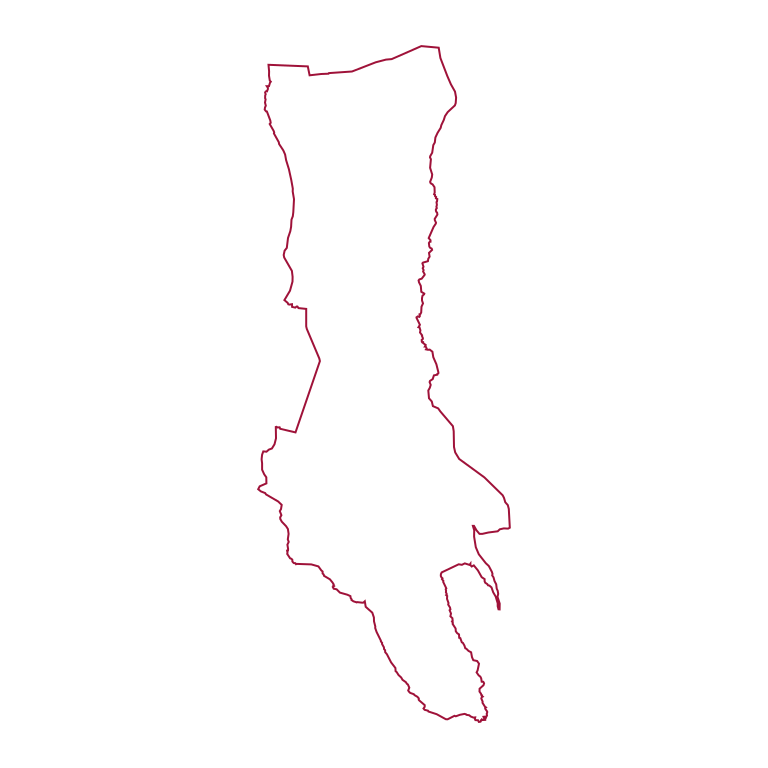 Magharibi, Zanzibar West, United Republic of Tanzania (orthographic projection)
{"feature_id": "72390352B70436774950451", "entity_name": "Magharibi", "entity_type": "district", "adm_level": 2, "iso_a3": "TZA", "parent_name": "United Republic of Tanzania", "parent_adm1": "Zanzibar West", "projection": "orthographic", "projection_center": [39.256, -6.174], "detail": "fine", "context": "isolated", "style": "outline", "palette": "rose", "viewbox_px": 768, "rotation_deg": 0, "n_neighbors": 0, "source": "geoboundaries", "source_scale": "gbopen_adm2", "svg_char_len": 6092}
<svg xmlns="http://www.w3.org/2000/svg" viewBox="0 0 768 768"><path d="M268.5,64.8L269.1,71.4L269.0,75.7L269.8,80.6L270.8,81.7L270.0,82.7L269.0,86.1L266.8,86.2L267.9,87.8L267.9,89.0L267.1,91.1L266.8,90.9L265.6,91.6L265.1,92.6L265.7,94.2L265.2,95.4L265.1,98.2L265.6,99.3L265.0,102.6L265.8,105.7L265.0,107.5L264.7,109.6L266.1,111.4L266.9,111.5L270.3,120.5L270.7,122.8L269.7,124.0L273.6,130.8L274.2,132.4L273.9,133.4L278.8,142.2L279.1,144.0L283.3,150.4L285.1,154.5L286.1,160.1L288.9,169.2L291.3,180.2L292.8,188.6L292.7,191.5L294.0,199.2L293.3,212.2L292.8,216.3L291.5,219.6L291.1,226.8L290.3,231.2L288.0,238.0L286.8,247.9L284.6,250.7L283.7,255.0L284.2,257.5L291.9,270.9L292.6,276.8L292.5,281.6L290.0,290.7L284.4,300.1L287.7,302.9L288.3,304.3L289.4,304.6L292.0,304.2L292.1,306.9L295.3,307.6L296.6,306.5L297.4,306.5L298.5,308.1L306.2,308.9L306.2,326.4L306.8,328.9L319.3,358.5L319.9,361.1L295.5,432.4L280.2,428.8L279.6,427.3L277.6,427.5L276.5,426.8L275.8,427.0L276.0,438.3L274.5,444.3L271.9,448.5L268.9,449.6L266.5,451.7L263.3,451.4L262.1,454.7L261.6,459.2L262.1,463.3L262.1,469.7L264.2,474.3L266.3,477.3L266.4,483.4L259.7,486.3L258.2,489.2L260.9,491.4L265.2,493.1L266.0,494.4L278.2,501.5L281.7,504.9L281.0,509.1L279.8,511.1L281.4,515.2L280.2,517.3L280.3,519.0L281.8,521.7L286.1,526.2L287.9,529.0L288.6,533.9L287.8,539.4L288.7,541.9L287.4,544.7L288.1,548.9L288.0,550.5L287.1,550.6L287.5,552.9L287.2,553.9L290.1,558.3L291.4,558.8L292.3,559.7L292.4,561.5L293.1,562.4L293.9,563.1L295.3,563.2L296.0,564.2L296.6,563.9L311.3,564.4L318.4,566.4L321.3,570.4L322.6,571.5L322.6,573.5L323.7,574.5L324.0,575.8L329.9,579.3L332.5,582.5L333.7,584.4L333.3,585.2L334.1,586.0L332.8,587.0L333.7,588.7L336.6,589.3L339.9,592.6L347.3,594.7L350.4,596.1L350.7,598.1L351.6,599.3L351.5,600.0L353.4,601.3L356.7,602.4L357.1,602.1L362.4,602.7L363.4,602.6L364.8,601.3L365.7,606.8L372.3,612.7L373.9,617.5L374.0,621.3L375.3,626.5L375.2,628.0L376.6,632.0L380.9,640.7L380.9,641.5L382.1,642.8L382.0,643.9L383.9,647.3L384.1,649.2L385.1,650.2L385.2,652.2L386.9,654.2L391.1,662.4L395.4,668.0L395.6,671.2L396.7,672.1L398.5,675.0L401.2,677.5L402.5,679.8L405.9,682.2L406.8,683.7L407.9,684.5L409.3,687.7L408.2,690.5L408.9,691.6L410.2,692.9L413.8,694.2L414.5,695.1L417.4,696.8L418.8,698.4L418.7,699.7L419.1,700.3L424.7,705.1L424.7,706.8L423.5,708.5L424.6,709.8L428.0,710.7L428.4,711.5L436.7,714.2L445.8,719.2L447.6,719.3L454.5,715.8L455.8,716.3L459.9,714.8L464.5,713.9L466.0,714.3L466.4,714.8L469.3,715.3L470.7,716.5L473.5,717.6L475.2,717.4L474.9,719.0L475.4,720.1L478.1,720.3L478.8,721.9L480.1,721.8L480.7,721.5L481.0,720.2L481.9,720.1L482.0,719.5L482.9,720.0L485.0,719.9L484.8,719.3L485.2,719.4L485.5,718.7L484.2,718.6L483.5,716.8L485.2,716.6L486.0,717.3L487.0,715.5L486.7,713.8L487.2,712.5L487.2,711.6L485.2,708.7L485.2,707.9L485.9,707.4L485.0,706.8L482.5,702.8L482.6,701.5L481.3,698.5L481.8,697.1L482.7,696.6L481.9,695.9L482.0,695.3L481.3,695.0L481.0,693.7L479.5,691.6L479.6,688.7L483.5,685.2L484.1,683.3L483.3,681.8L481.7,681.7L481.2,678.4L480.3,676.6L478.7,675.4L476.6,672.4L477.6,670.4L479.0,663.7L477.1,661.0L473.3,660.2L472.0,657.2L471.1,652.3L468.5,650.9L466.3,648.7L465.3,648.3L464.4,645.5L462.9,642.9L461.8,642.3L460.3,638.1L459.2,637.8L459.0,634.4L457.2,633.2L455.8,631.3L455.6,628.5L452.6,623.9L452.9,623.0L452.0,621.4L452.7,621.0L452.4,618.2L450.4,616.3L451.0,613.5L449.6,610.2L450.4,609.4L450.0,607.5L448.2,604.6L448.5,603.0L447.0,598.8L447.2,596.0L446.2,595.1L446.7,594.7L446.6,593.6L445.9,592.3L446.1,590.8L445.7,589.2L446.3,588.4L443.2,581.9L443.4,580.9L442.0,579.2L442.5,578.3L441.5,577.4L440.8,575.9L440.9,574.1L441.7,572.4L458.7,564.3L461.9,564.8L464.8,563.4L469.5,564.9L470.4,563.7L470.4,565.1L471.7,566.5L473.8,565.4L477.9,570.4L481.7,577.2L484.6,579.1L484.6,581.2L485.2,582.7L487.3,584.1L488.0,585.3L489.4,585.6L491.5,587.4L493.2,592.3L495.7,596.6L497.7,603.3L497.7,606.3L498.5,609.3L499.6,609.4L499.7,603.6L497.5,596.8L498.2,593.9L497.7,590.8L496.7,588.6L496.2,584.3L494.5,581.0L493.5,577.3L492.2,575.4L492.5,573.9L491.9,571.9L488.8,566.0L485.8,563.2L478.8,554.3L475.8,547.2L474.1,536.6L474.2,530.3L472.9,525.9L474.0,525.9L476.4,530.2L479.5,533.9L482.2,533.9L488.4,532.5L497.7,531.3L499.8,529.3L503.8,528.4L508.1,528.6L509.8,527.7L508.8,508.9L507.8,505.1L505.3,502.3L504.0,497.9L502.7,495.3L484.4,477.4L459.2,459.0L455.2,452.4L454.0,447.0L453.7,431.2L452.9,426.2L440.3,411.4L438.2,408.4L432.9,406.1L431.8,401.5L429.0,398.3L428.3,390.5L429.8,387.8L430.7,384.9L429.6,382.1L430.0,380.9L432.7,379.1L433.9,375.4L437.2,374.7L437.2,374.1L438.3,373.4L438.4,372.4L436.4,364.3L433.3,357.2L432.4,351.7L429.7,349.6L428.0,349.8L426.1,349.4L426.7,348.6L425.7,346.5L424.9,346.5L425.7,345.0L423.1,343.0L423.1,342.2L422.2,342.3L421.8,341.7L421.7,339.9L422.8,339.0L422.9,338.2L421.9,335.8L422.1,335.3L420.0,332.5L420.4,330.3L419.5,327.4L418.5,327.2L419.9,324.8L416.5,317.8L416.5,317.3L417.8,316.4L419.3,316.9L419.9,316.0L419.5,314.3L420.4,314.0L421.2,312.5L421.5,306.7L423.0,303.4L422.0,300.5L422.0,298.2L422.5,295.7L424.1,294.3L424.3,293.6L421.3,291.8L420.8,285.9L419.0,282.3L418.6,280.4L419.4,279.4L421.7,278.7L424.6,274.9L424.7,274.3L423.1,271.5L423.6,270.1L422.7,268.2L423.5,266.8L422.4,263.3L423.0,262.6L427.9,261.2L428.3,258.7L429.6,256.7L429.0,252.9L432.1,249.9L431.7,248.6L430.0,247.7L429.3,246.5L428.9,243.0L429.7,241.8L430.5,241.7L430.5,240.2L428.7,238.1L433.6,226.9L435.8,223.6L436.0,222.7L434.8,220.1L434.7,218.9L437.4,214.6L437.1,212.6L436.2,211.7L435.9,210.6L435.9,209.4L436.8,208.1L436.4,206.8L436.9,204.9L436.5,202.1L437.0,201.5L437.3,199.0L435.9,198.3L436.1,196.9L435.1,196.3L435.0,194.8L434.1,194.3L434.7,192.5L434.5,187.2L432.6,184.4L430.7,183.3L430.1,181.9L431.8,177.5L432.2,174.5L430.1,167.8L430.9,159.2L430.0,157.4L430.2,156.2L432.2,152.7L433.3,145.1L434.8,142.5L435.4,137.5L437.6,132.8L440.7,127.8L441.3,125.2L443.8,119.9L445.0,116.1L447.7,112.1L454.9,105.4L455.7,103.1L456.1,97.6L455.0,91.6L450.9,84.3L447.3,76.0L440.4,58.0L438.7,47.7L421.3,46.1L391.7,59.1L386.0,59.6L375.7,62.3L352.0,71.5L328.9,73.1L328.5,73.7L321.2,74.0L309.6,75.3L307.8,66.4L268.5,64.8Z" fill="none" stroke="#9f1239" stroke-width="2"/></svg>